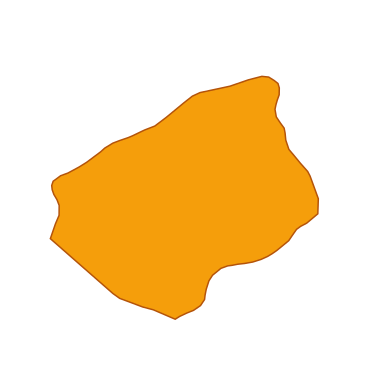 San Gabriel, Suchitepéquez, Guatemala, rotated 48°
{"feature_id": "79465075B61166037793938", "entity_name": "San Gabriel", "entity_type": "district", "adm_level": 2, "iso_a3": "GTM", "parent_name": "Guatemala", "parent_adm1": "Suchitepéquez", "projection": "robinson", "projection_center": [-91.514, 14.509], "detail": "fine", "context": "isolated", "style": "filled", "palette": "amber", "viewbox_px": 384, "rotation_deg": 48, "n_neighbors": 0, "source": "geoboundaries", "source_scale": "gbopen_adm2", "svg_char_len": 1102}
<svg xmlns="http://www.w3.org/2000/svg" viewBox="0 0 384 384"><g transform="rotate(48 192 192)"><path d="M131.9,328.5L214.5,318.7L222.7,316.9L244.6,305.5L253.6,299.6L275.3,289.6L276.2,284.4L278.5,276.8L281.0,270.0L282.1,261.7L280.3,254.6L277.4,251.3L273.8,246.5L269.3,238.8L267.6,232.4L268.1,221.6L270.8,214.9L273.3,211.3L276.3,206.3L280.4,200.6L284.7,193.7L288.3,185.8L290.5,178.8L291.5,173.6L292.2,168.0L292.9,152.7L291.4,146.6L289.7,139.3L290.2,134.3L291.9,127.5L292.4,113.1L281.5,102.6L259.2,93.6L254.2,92.3L242.8,92.2L234.0,91.8L225.2,91.5L216.2,87.6L210.5,83.4L206.2,80.8L199.4,80.1L192.6,79.1L186.1,75.0L183.3,71.2L180.8,67.2L178.1,62.2L173.1,57.5L168.9,55.5L164.2,56.3L157.9,58.1L152.8,62.7L146.4,75.0L138.8,92.9L133.6,102.0L123.5,119.5L121.0,127.6L120.3,138.3L119.3,161.4L118.1,175.5L114.3,185.5L113.0,189.8L110.4,198.7L108.9,203.0L105.2,211.7L102.7,218.2L101.0,227.4L101.0,233.2L99.4,250.7L97.8,259.5L94.9,271.5L92.0,278.7L91.1,288.0L93.3,291.9L96.8,294.4L101.4,296.3L107.4,297.5L113.1,299.7L120.4,306.4L124.2,314.6L131.9,328.5Z" fill="#f59e0b" stroke="#b45309" stroke-width="1.5"/></g></svg>